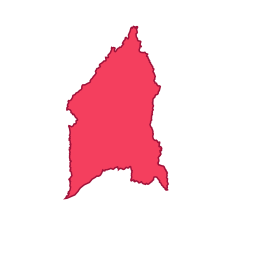 Granada, Antioquia, Colombia (Natural Earth projection), rotated 210°
{"feature_id": "7082276B66868517078286", "entity_name": "Granada", "entity_type": "district", "adm_level": 2, "iso_a3": "COL", "parent_name": "Colombia", "parent_adm1": "Antioquia", "projection": "natural_earth1", "projection_center": [-75.146, 6.125], "detail": "fine", "context": "isolated", "style": "filled", "palette": "rose", "viewbox_px": 256, "rotation_deg": 210, "n_neighbors": 0, "source": "geoboundaries", "source_scale": "gbopen_adm2", "svg_char_len": 5871}
<svg xmlns="http://www.w3.org/2000/svg" viewBox="0 0 256 256"><g transform="rotate(210 128 128)"><path d="M112.6,148.3L113.7,150.4L113.8,151.0L113.6,151.7L114.3,152.2L114.5,153.3L115.3,154.4L115.3,156.4L115.6,156.7L116.2,156.8L116.7,157.6L117.0,159.8L117.4,160.3L118.8,161.1L118.9,162.1L119.6,162.4L119.8,163.7L120.7,165.2L120.8,166.4L120.2,168.1L120.6,169.6L120.6,170.4L119.3,171.9L119.2,173.0L119.8,174.5L119.6,176.0L120.8,180.1L121.6,180.3L122.5,179.7L123.1,179.5L123.8,179.9L124.7,179.9L125.6,180.9L126.0,180.9L127.1,180.5L128.0,181.4L129.0,181.7L129.4,182.3L129.2,183.7L129.9,184.7L130.1,186.2L133.2,188.7L134.5,189.2L135.1,192.0L136.4,192.2L137.5,193.6L138.1,193.6L138.9,194.3L140.2,194.8L140.8,195.2L141.1,195.7L142.2,195.8L142.7,196.9L143.6,197.0L143.9,197.6L145.4,198.4L146.4,199.5L147.7,199.4L148.0,199.9L147.8,201.4L148.0,201.8L150.1,201.4L151.1,202.0L151.7,201.7L152.3,201.0L154.6,200.0L155.2,199.9L156.7,200.3L157.6,201.6L157.6,202.7L158.1,203.9L158.1,204.4L157.3,204.9L157.3,205.3L157.6,205.5L158.5,205.4L158.8,205.6L159.7,207.5L160.0,209.0L160.3,209.3L160.8,209.3L162.8,208.6L163.8,209.1L164.7,210.3L166.0,210.8L167.1,212.0L168.1,213.5L167.7,214.7L167.8,215.5L170.1,217.9L170.0,219.7L170.2,220.2L170.6,220.4L171.1,220.2L171.6,219.5L171.6,218.4L171.8,218.2L172.1,218.3L172.5,219.0L174.1,218.7L174.3,216.7L175.2,216.8L175.4,215.9L174.5,212.6L174.1,208.7L172.8,207.1L172.5,205.4L173.0,205.1L175.0,205.5L175.4,205.0L175.2,204.1L174.7,203.2L175.2,201.2L175.1,198.7L173.9,198.5L174.4,195.7L174.4,194.5L174.5,194.3L175.6,193.8L175.7,193.1L176.4,192.0L176.8,190.7L176.8,188.9L177.1,187.8L177.6,187.7L178.2,187.9L178.8,188.8L179.0,190.4L179.5,190.8L180.7,190.5L181.4,189.6L182.4,189.6L182.2,188.8L181.4,187.8L181.0,184.7L181.0,184.0L181.7,181.2L181.3,180.5L180.5,179.8L180.3,179.3L180.7,178.8L182.2,178.3L182.7,178.0L181.1,176.1L180.9,175.2L181.2,174.8L182.4,173.9L182.5,172.9L183.0,172.0L183.2,170.9L184.0,169.8L184.3,168.7L184.1,168.1L182.9,167.7L182.7,167.1L183.4,166.1L183.5,165.0L184.5,164.1L184.7,163.5L184.4,162.1L184.6,161.3L184.5,160.8L183.7,160.1L183.2,159.9L183.0,159.5L183.3,156.7L183.7,155.6L183.8,153.1L184.3,151.7L184.3,149.8L183.8,149.4L183.7,149.0L184.1,148.0L185.4,146.3L186.6,144.2L187.6,143.3L188.5,142.9L188.8,142.5L188.9,141.8L188.5,140.4L187.7,139.1L187.8,138.0L188.1,137.1L188.8,136.2L189.0,134.5L190.5,132.2L190.6,130.4L191.9,128.8L191.9,128.4L191.3,126.7L191.3,124.0L192.1,122.5L192.5,122.1L193.2,122.0L193.2,121.8L193.0,120.9L192.1,120.4L191.9,119.6L192.1,118.3L191.5,117.0L190.8,116.8L191.0,115.0L190.0,113.1L189.6,113.3L189.1,114.4L186.8,114.7L185.5,113.8L185.1,112.9L183.5,112.8L182.7,112.1L182.0,112.8L181.6,112.8L180.9,112.1L179.8,111.8L179.4,111.3L178.0,110.8L177.3,110.9L175.8,109.9L175.7,109.4L176.4,108.7L176.5,108.1L175.6,106.9L175.4,105.9L175.5,105.4L176.7,104.6L176.6,102.7L176.8,101.8L177.5,100.9L178.3,100.8L179.2,100.8L180.3,100.5L180.3,100.0L178.6,98.6L176.0,95.5L175.0,93.4L175.1,92.5L173.8,91.6L173.6,89.6L173.1,90.0L172.8,89.7L172.8,88.1L172.1,88.1L171.6,87.8L170.3,85.9L169.6,85.5L169.9,84.8L169.3,84.6L168.3,82.7L168.7,82.0L168.7,81.7L168.0,82.0L167.6,81.4L167.5,80.9L168.0,79.9L166.1,78.1L165.9,77.7L166.0,77.0L165.2,76.4L165.1,75.6L163.7,73.0L162.5,71.8L162.3,71.1L162.0,70.9L161.0,71.0L160.7,70.8L160.6,70.4L160.9,69.6L160.8,69.0L159.9,67.6L159.4,67.1L159.4,66.3L159.2,65.8L158.7,65.2L157.9,65.1L157.7,64.7L157.3,63.7L157.4,63.3L156.8,63.0L156.8,61.9L155.6,61.7L154.8,61.2L153.8,59.8L152.8,58.8L152.8,57.5L153.1,56.8L153.0,55.4L153.1,55.0L153.4,54.7L153.4,53.9L153.0,53.7L152.5,54.1L151.9,53.0L151.3,53.1L151.0,52.9L151.1,52.1L150.4,51.4L149.5,49.1L148.9,48.4L148.3,48.3L147.2,45.4L147.2,43.8L147.6,42.9L146.9,42.3L147.3,41.8L147.2,41.3L146.3,41.4L146.4,40.4L146.1,39.7L146.4,38.8L147.1,38.4L146.9,36.3L147.1,35.6L145.7,36.7L140.6,43.5L139.6,48.4L139.6,50.1L139.3,52.3L138.1,55.5L137.4,57.1L134.2,61.6L133.5,65.7L131.6,69.1L131.1,70.6L129.5,71.5L128.6,72.7L128.3,73.9L128.3,75.9L128.8,79.0L127.4,78.8L126.6,79.4L126.8,80.4L125.2,81.4L123.4,83.4L122.7,84.4L120.2,84.8L119.5,86.3L119.5,86.9L117.6,89.1L116.6,88.1L115.7,87.7L115.4,87.2L115.0,88.5L114.6,89.2L113.7,89.4L113.1,89.8L111.7,89.7L111.0,90.0L110.5,90.7L109.9,93.0L108.0,93.3L107.5,93.8L107.3,95.3L106.9,95.7L106.4,95.8L104.0,93.3L103.1,93.1L103.1,92.5L102.4,91.7L102.3,90.5L101.6,89.5L101.4,88.7L100.6,87.9L99.9,86.6L99.7,84.8L99.1,83.9L98.5,84.0L97.8,85.4L97.1,85.8L96.4,85.7L96.2,84.9L95.5,84.8L95.2,84.9L94.7,86.0L94.3,86.4L92.3,86.4L91.2,85.9L90.4,86.5L89.8,87.9L89.5,88.2L88.1,87.5L87.0,87.4L84.6,88.0L84.5,89.0L84.2,89.3L82.9,89.2L82.3,89.6L81.7,90.8L81.3,92.3L80.6,93.4L80.6,94.8L80.0,95.9L80.7,97.3L80.9,98.5L79.8,99.4L78.4,99.8L75.5,98.5L74.4,98.3L73.7,97.0L71.8,96.6L70.2,95.4L68.8,95.2L67.7,94.5L65.5,94.4L65.4,93.7L64.0,93.3L62.8,94.2L62.9,94.4L63.3,94.4L64.2,95.2L64.2,96.2L65.4,97.6L65.2,99.6L67.3,101.2L68.4,103.8L69.3,104.0L69.9,104.5L70.3,106.2L71.4,107.6L71.4,108.6L71.8,108.7L72.1,109.3L72.9,109.5L73.5,110.0L74.0,110.0L74.3,110.6L75.6,111.0L76.0,111.6L76.6,111.7L77.2,112.4L78.2,112.7L80.0,112.1L81.0,112.0L81.3,111.7L82.1,111.8L82.3,111.5L82.6,111.4L83.7,111.7L84.2,112.6L84.6,112.6L84.5,113.2L84.8,113.5L84.7,114.1L84.8,114.9L85.6,116.0L87.0,117.4L86.9,118.2L87.0,118.7L86.7,119.1L86.8,119.8L86.4,120.3L86.7,120.7L86.4,121.9L87.3,122.8L88.0,123.1L88.8,124.2L88.3,124.3L88.3,124.8L87.8,125.0L87.8,125.3L88.0,125.8L88.5,126.0L88.5,126.7L89.0,126.7L88.9,127.4L89.4,127.8L90.2,128.1L90.6,128.1L91.4,127.5L91.8,127.5L92.0,128.2L92.3,128.4L92.4,129.1L93.1,129.7L93.0,130.9L93.3,131.2L93.4,130.5L94.1,131.1L95.2,130.6L96.1,131.3L97.4,131.6L98.1,130.9L98.7,130.7L100.2,131.0L101.3,131.8L102.6,133.3L102.8,134.5L103.2,135.6L104.1,136.1L104.4,137.1L105.6,138.4L107.0,139.4L107.6,140.1L108.9,140.4L110.7,141.9L111.0,143.9L111.6,144.9L111.7,146.0L111.5,146.8L112.3,147.5L112.6,148.3Z" fill="#f43f5e" stroke="#9f1239" stroke-width="1.5"/></g></svg>